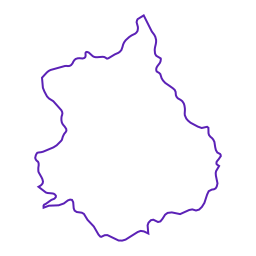 the Metropolitan department of Eure-et-Loir
{"feature_id": "FRA-5291", "entity_name": "Eure-et-Loir", "entity_type": "Metropolitan department", "adm_level": 1, "iso_a3": "FRA", "parent_name": "France", "parent_adm1": "", "projection": "albers", "projection_center": [1.329, 48.445], "detail": "fine", "context": "isolated", "style": "outline", "palette": "violet", "viewbox_px": 256, "rotation_deg": 0, "n_neighbors": 0, "source": "natural_earth", "source_scale": "10m", "svg_char_len": 2852}
<svg xmlns="http://www.w3.org/2000/svg" viewBox="0 0 256 256"><path d="M101.3,236.8L100.3,236.6L98.5,234.6L93.8,226.5L87.5,219.8L83.9,213.9L81.8,212.7L76.7,212.0L74.6,210.6L73.7,208.3L73.2,202.2L72.0,199.9L70.1,199.6L67.9,200.4L63.8,203.5L58.6,205.3L48.9,205.7L43.6,207.7L43.5,205.8L44.1,204.7L45.9,203.8L51.4,199.9L54.4,198.7L55.8,197.1L55.9,195.8L54.9,194.5L53.7,193.7L52.2,193.4L47.5,193.0L45.9,192.5L38.5,186.8L40.4,185.7L41.5,184.8L42.6,183.4L43.0,181.6L42.4,179.2L41.5,177.3L38.9,172.7L38.6,172.1L38.4,171.5L38.3,169.9L38.3,167.9L38.7,165.1L38.6,163.2L38.0,161.7L36.8,160.8L35.8,159.6L35.2,157.9L35.8,155.3L36.6,153.7L37.3,152.8L38.5,152.5L41.1,152.2L43.1,151.7L53.4,147.4L56.7,145.3L61.0,141.0L61.9,139.8L62.8,136.7L63.5,135.2L64.3,133.7L65.6,132.2L66.4,130.7L66.2,128.9L64.6,126.5L63.3,125.0L62.4,123.7L61.8,122.3L61.4,120.2L61.4,118.5L61.5,117.0L61.9,115.4L62.1,115.1L62.2,114.4L62.4,113.3L62.1,111.8L61.3,110.2L53.3,101.2L49.0,98.5L47.0,96.4L44.4,91.5L42.9,87.8L42.0,77.7L46.9,72.4L48.6,71.0L50.5,70.0L64.9,66.0L66.5,65.9L68.0,66.1L69.6,65.9L71.1,65.1L72.5,63.4L73.3,61.7L74.3,60.2L75.6,59.0L77.7,58.3L79.5,58.2L82.6,58.5L82.9,58.4L83.3,58.3L84.3,58.0L85.2,57.2L85.6,55.9L85.5,53.0L86.1,52.1L86.9,51.9L88.7,52.5L92.8,56.2L94.2,56.9L95.7,57.2L97.4,57.2L102.6,56.8L104.2,57.0L105.4,57.6L106.9,58.6L107.1,58.6L107.7,58.5L108.5,58.2L114.8,54.4L118.4,52.8L119.9,51.7L121.4,50.0L122.5,46.9L123.1,44.6L124.1,42.4L125.7,40.2L129.1,37.1L131.6,35.4L135.1,33.7L136.4,32.6L137.5,31.0L137.9,28.8L137.9,27.0L136.6,22.2L137.0,20.4L137.7,19.1L143.7,15.4L151.8,31.5L154.2,34.7L155.3,36.8L156.1,39.9L156.1,42.0L155.8,44.0L155.0,47.4L154.8,48.8L154.7,50.0L154.8,51.0L155.0,53.3L155.4,54.4L156.3,55.8L160.7,58.4L160.8,58.8L160.8,59.6L160.5,61.4L159.8,63.0L157.5,66.0L156.6,67.5L156.2,69.0L156.3,70.4L156.7,71.5L159.1,72.9L160.3,74.1L161.6,78.2L163.0,80.5L165.2,82.9L172.8,88.2L174.7,89.9L175.6,91.9L175.9,95.2L176.5,96.7L177.8,98.3L180.6,99.9L182.3,101.2L183.8,103.5L184.4,105.4L184.7,107.2L184.9,108.8L184.9,110.2L184.7,113.5L184.8,115.1L184.9,115.4L186.3,118.6L188.0,120.6L190.5,122.7L197.8,126.6L201.7,128.0L207.1,126.8L208.4,127.8L208.5,133.2L209.0,135.0L210.4,136.8L211.8,137.9L213.2,139.5L214.4,141.9L215.2,147.2L215.9,150.1L217.3,152.5L220.1,154.0L220.6,154.8L220.8,156.1L218.6,159.3L217.4,160.7L216.6,161.9L216.4,163.2L216.7,164.3L219.1,166.0L216.1,171.1L215.7,173.0L215.9,175.7L217.5,183.4L216.7,186.6L215.6,188.4L213.9,189.3L211.8,189.6L208.7,191.2L207.1,194.6L204.4,202.9L201.9,206.9L199.1,209.6L196.0,210.5L192.3,209.4L189.2,210.0L180.1,214.1L171.8,212.4L167.6,212.9L165.1,214.7L162.5,218.8L160.4,221.4L158.0,222.0L153.3,219.7L150.9,220.2L148.5,222.7L147.6,225.3L148.2,232.7L148.3,233.5L143.9,231.4L140.7,230.9L137.7,232.0L125.6,239.6L122.2,240.6L118.6,240.5L107.4,235.1L104.7,235.2L101.3,236.8Z" fill="none" stroke="#5b21b6" stroke-width="2"/></svg>